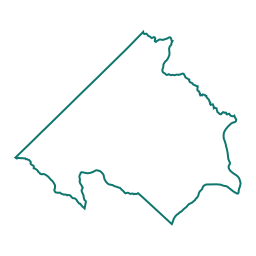 São Geraldo do Araguaia, Pará, Brazil
{"feature_id": "56859067B69966397982838", "entity_name": "São Geraldo do Araguaia", "entity_type": "district", "adm_level": 2, "iso_a3": "BRA", "parent_name": "Brazil", "parent_adm1": "Pará", "projection": "robinson", "projection_center": [-48.713, -6.168], "detail": "fine", "context": "isolated", "style": "outline", "palette": "teal", "viewbox_px": 256, "rotation_deg": 0, "n_neighbors": 0, "source": "geoboundaries", "source_scale": "gbopen_adm2", "svg_char_len": 4291}
<svg xmlns="http://www.w3.org/2000/svg" viewBox="0 0 256 256"><path d="M172.5,41.0L171.7,40.8L170.8,37.9L170.0,37.3L169.2,37.4L167.2,38.5L165.0,39.2L163.0,39.9L161.1,39.6L159.4,39.5L157.9,40.5L156.9,41.0L155.8,41.9L154.9,41.4L154.8,40.0L155.3,38.7L154.9,37.6L154.1,37.1L153.2,37.4L151.8,38.1L150.5,37.1L149.5,36.3L148.5,36.1L147.8,35.2L146.5,33.7L145.4,33.8L144.3,34.0L143.5,33.4L143.2,31.9L128.3,47.2L125.7,49.8L110.1,65.1L106.3,68.8L98.2,76.8L87.9,86.8L84.9,89.7L81.1,93.4L76.4,98.0L75.4,99.0L69.6,104.7L45.1,128.7L41.3,132.3L39.1,134.5L35.0,138.6L15.4,157.6L16.9,158.5L18.5,157.8L19.3,158.0L20.1,158.2L21.1,158.2L22.4,158.1L23.7,158.4L25.2,158.4L26.0,159.2L26.8,159.0L28.1,159.8L29.0,159.9L29.9,160.9L30.8,162.1L30.5,163.2L30.8,164.1L31.9,164.9L33.5,165.8L33.9,166.9L33.7,168.3L35.2,168.7L37.0,170.0L37.7,170.7L38.2,171.8L39.5,172.8L40.4,174.0L42.0,174.3L43.2,174.0L44.4,174.2L45.2,174.6L46.8,175.6L47.8,176.3L50.6,179.3L51.2,180.1L52.1,180.6L53.4,182.3L53.9,183.3L54.6,184.4L55.1,185.8L54.9,188.3L54.3,189.8L54.8,191.6L55.9,192.5L56.8,192.6L58.9,192.8L60.0,192.6L60.7,193.2L61.5,193.8L62.6,194.2L63.8,194.6L64.6,194.5L66.3,194.7L67.1,195.3L68.4,195.0L69.7,195.2L70.8,196.0L71.4,197.0L72.8,198.2L74.1,198.2L75.1,198.6L75.9,199.2L77.0,200.5L77.3,201.4L78.2,202.3L79.3,203.7L80.3,203.8L81.8,205.8L82.6,206.7L83.4,207.4L84.6,208.5L85.9,201.7L85.5,200.8L84.3,199.7L83.6,196.9L83.6,195.6L82.7,193.8L82.4,192.7L81.8,191.7L81.6,190.0L82.4,188.8L82.7,187.4L82.0,186.8L81.8,185.9L81.4,185.1L80.3,183.6L79.6,181.5L80.0,179.7L79.4,177.1L79.5,175.7L80.5,173.7L80.7,172.7L81.8,172.2L84.2,172.6L86.8,173.2L88.3,173.2L91.0,172.7L93.5,171.7L94.4,171.1L95.9,170.4L96.8,170.3L97.6,170.4L99.9,171.1L101.3,172.1L103.1,174.1L103.7,175.4L103.9,176.6L104.4,178.8L105.7,181.4L106.9,182.7L108.0,183.8L109.0,184.4L112.6,185.1L114.5,186.2L116.7,186.8L117.8,187.3L120.0,187.9L121.9,189.9L123.4,191.1L124.7,192.8L125.4,193.3L127.0,192.8L128.2,192.8L130.2,193.9L132.7,193.5L133.7,194.2L135.0,193.8L136.3,194.1L138.1,193.2L143.7,198.2L171.8,224.1L172.3,223.0L173.2,220.6L173.6,219.1L175.3,216.3L177.0,214.6L178.8,213.4L179.7,212.3L180.9,211.8L182.4,210.5L183.3,209.5L185.7,207.5L186.4,207.0L187.0,206.2L188.0,205.1L188.7,204.3L190.0,203.6L190.8,203.2L191.9,202.7L193.1,201.7L195.1,200.0L195.7,198.9L196.4,198.2L197.0,197.6L197.7,196.7L198.4,195.4L198.6,194.0L199.7,191.5L201.6,189.7L202.3,188.7L202.6,187.5L203.2,186.4L204.6,185.2L206.2,184.5L216.2,184.3L220.5,184.6L221.7,185.1L223.8,185.8L225.0,186.0L226.0,186.2L226.9,186.4L227.6,186.9L233.7,191.7L237.2,193.6L238.2,193.4L238.6,192.2L238.7,190.7L239.1,188.7L240.0,186.3L240.6,183.2L239.5,179.2L238.7,177.6L237.6,176.4L236.5,175.4L233.2,173.2L231.8,172.1L230.2,170.7L229.7,169.9L228.8,168.3L228.6,167.2L228.8,165.5L229.7,164.4L230.0,163.0L228.3,158.9L227.6,152.7L226.7,148.2L226.2,146.9L225.8,144.6L225.3,142.8L223.7,138.2L223.6,135.8L223.7,134.1L224.0,132.6L224.8,130.8L226.0,128.9L228.1,126.4L231.3,123.4L233.4,122.4L234.5,122.3L235.9,121.3L236.1,120.4L236.2,119.3L235.5,118.5L235.2,117.5L234.6,116.6L234.3,115.7L233.6,116.2L232.7,116.3L231.6,116.0L230.3,115.5L229.8,114.5L229.1,113.7L227.2,114.4L226.5,114.2L226.2,112.8L225.4,112.5L224.3,112.8L223.5,112.2L222.7,112.3L221.7,113.5L220.9,114.3L219.6,114.0L218.8,113.1L217.5,112.1L217.3,111.1L216.8,110.2L216.6,108.4L214.8,107.7L213.8,108.3L213.6,106.2L212.8,104.3L211.7,104.5L210.8,104.9L210.0,103.9L210.3,102.4L209.5,101.8L209.4,100.8L208.3,99.0L207.6,98.5L207.1,97.7L206.4,96.9L206.3,95.9L205.3,95.7L204.8,94.9L202.6,94.5L202.1,95.4L201.1,95.0L200.3,95.4L199.8,94.4L200.1,93.5L199.4,92.7L199.1,91.5L197.6,90.5L197.3,89.6L197.6,87.6L197.6,86.2L196.5,86.1L195.6,85.6L194.6,85.1L193.3,84.6L192.6,83.5L191.8,83.0L190.7,82.5L189.7,81.8L189.1,80.7L189.3,79.6L188.3,79.1L187.6,78.7L186.8,78.2L186.0,77.8L185.4,77.3L185.1,76.3L184.5,75.4L184.1,74.3L183.0,73.6L181.8,73.8L180.5,74.4L178.6,74.9L177.7,74.6L176.7,74.6L175.2,75.1L174.2,75.2L172.7,74.8L171.3,75.2L170.3,74.9L169.5,74.6L168.7,74.2L167.8,74.7L166.7,74.9L165.7,74.3L164.7,73.3L163.9,72.9L163.0,72.3L162.4,71.0L162.4,69.4L162.9,68.2L163.3,66.6L163.4,65.1L163.6,64.1L165.1,61.6L166.4,60.6L167.9,58.5L168.6,56.9L169.3,55.3L169.5,53.4L169.2,50.0L169.1,48.4L169.8,46.4L170.7,45.4L171.3,44.8L171.3,43.5L172.5,41.0Z" fill="none" stroke="#0f766e" stroke-width="2"/></svg>